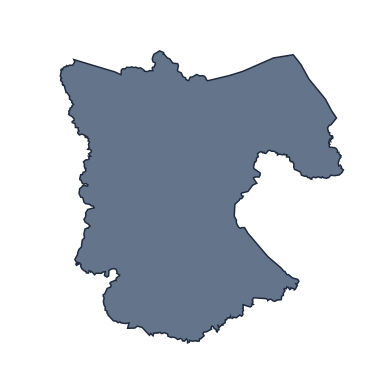 Prestea/huni Valley, Western, Ghana, rotated 278°
{"feature_id": "2480657B71205229821948", "entity_name": "Prestea/huni Valley", "entity_type": "district", "adm_level": 2, "iso_a3": "GHA", "parent_name": "Ghana", "parent_adm1": "Western", "projection": "mercator", "projection_center": [-2.017, 5.447], "detail": "fine", "context": "isolated", "style": "filled", "palette": "slate", "viewbox_px": 384, "rotation_deg": 278, "n_neighbors": 0, "source": "geoboundaries", "source_scale": "gbopen_adm2", "svg_char_len": 5879}
<svg xmlns="http://www.w3.org/2000/svg" viewBox="0 0 384 384"><g transform="rotate(278 192 192)"><path d="M302.9,105.0L298.3,105.4L300.2,98.8L306.7,56.5L304.8,57.8L301.6,56.6L300.9,55.9L300.5,53.0L299.3,51.6L299.8,50.3L298.1,49.4L298.1,48.3L297.1,47.2L295.8,47.0L295.6,46.0L294.9,46.6L294.5,45.1L292.9,45.8L288.4,45.4L286.6,47.1L285.8,46.3L284.1,46.4L282.8,48.3L280.7,48.6L280.5,49.5L279.7,49.3L279.4,50.8L273.0,53.4L273.0,54.5L269.9,57.3L267.1,57.7L265.2,60.5L263.9,60.4L262.3,62.5L260.5,61.1L259.2,61.2L258.0,59.6L256.4,59.7L254.9,58.7L253.1,59.3L251.7,59.0L249.6,63.3L248.2,64.9L246.7,65.5L245.1,63.5L244.1,63.7L243.5,66.5L240.7,67.5L240.0,68.0L240.2,68.6L239.7,68.1L239.7,70.4L237.3,70.8L236.8,71.5L235.5,70.6L234.2,70.8L232.8,72.7L234.0,74.6L233.6,76.6L233.0,78.1L232.2,78.4L232.5,79.0L231.3,78.9L231.9,80.7L230.9,80.7L230.5,82.2L228.1,82.0L228.0,82.8L227.1,83.5L224.8,82.8L221.9,83.9L219.7,82.7L219.6,83.4L220.5,84.1L219.0,86.6L217.6,86.6L215.3,84.3L213.3,86.6L213.0,84.4L210.5,85.7L209.4,84.3L209.1,82.5L206.9,80.3L204.1,81.8L202.7,81.6L200.4,82.8L200.5,83.5L199.8,83.2L198.7,83.9L196.7,82.9L196.4,81.5L194.0,81.0L193.7,79.4L189.9,79.0L188.5,79.3L188.3,80.4L185.3,82.2L184.8,83.9L185.6,85.8L184.5,88.0L183.3,87.7L183.3,83.3L182.7,82.5L181.8,82.3L179.6,80.3L174.7,80.4L171.3,82.6L171.6,83.7L170.5,85.0L166.8,86.5L165.6,88.4L165.6,92.1L164.3,94.3L164.3,96.2L162.7,97.3L160.2,91.2L156.6,89.6L152.7,90.2L149.8,88.8L147.2,90.5L145.6,94.1L143.9,95.8L142.3,94.1L141.6,94.1L141.6,93.0L140.5,91.2L135.2,90.8L131.7,91.9L129.1,90.0L122.0,90.1L119.5,88.1L115.9,87.2L114.8,87.5L108.8,85.4L106.3,87.4L106.1,89.6L104.5,87.0L103.3,87.8L105.3,90.5L105.0,92.1L103.0,92.1L101.0,93.3L99.1,95.9L98.4,98.1L97.1,98.7L97.3,100.8L99.8,101.1L99.4,102.5L98.7,102.8L99.2,103.3L98.5,104.7L96.5,107.1L98.2,108.3L98.9,113.8L100.2,114.5L101.0,117.2L97.1,116.9L95.9,119.5L97.2,121.1L102.8,120.7L104.6,123.2L105.3,125.7L104.8,127.7L102.1,129.0L100.9,128.8L99.8,132.0L99.3,131.9L96.1,128.9L93.7,129.1L93.9,128.3L91.1,123.7L89.9,123.5L88.2,125.0L86.7,124.7L84.7,121.4L78.8,119.7L78.0,118.4L76.6,118.5L75.1,119.7L71.2,119.5L67.9,120.6L65.8,122.2L63.0,122.3L62.1,124.5L60.4,124.6L59.6,125.8L58.6,125.8L53.5,132.1L53.5,135.0L52.3,137.0L53.4,138.8L52.5,139.9L52.5,144.6L53.6,147.8L48.1,147.2L49.3,154.3L51.2,156.1L51.5,157.2L50.9,161.5L44.2,169.8L46.1,170.9L44.2,173.4L47.1,173.8L47.3,176.4L47.9,177.5L47.6,178.1L48.6,179.7L47.5,181.5L48.9,184.3L48.0,187.7L45.9,188.2L45.0,191.7L45.6,192.7L45.5,195.4L43.9,198.5L45.4,201.1L44.8,202.6L43.2,203.3L43.3,205.3L45.7,206.8L44.6,208.1L42.0,208.6L42.9,210.2L44.7,210.4L44.3,212.9L45.3,216.9L44.9,217.7L45.3,219.8L47.7,220.1L47.8,221.1L51.4,224.0L53.0,222.7L54.8,223.1L55.7,226.1L59.0,230.5L59.6,229.7L62.0,230.4L61.4,232.0L59.7,233.1L59.5,234.7L57.1,235.8L56.9,236.5L58.7,236.7L59.4,237.9L63.3,236.5L62.1,238.1L64.8,240.1L64.3,240.4L64.6,241.1L65.0,240.6L67.2,243.0L69.9,242.7L70.3,244.1L72.3,244.6L72.3,246.5L74.2,247.3L72.9,247.5L72.5,249.9L73.8,250.1L73.6,253.4L76.8,256.4L75.9,258.5L77.6,259.5L80.4,258.7L81.6,259.5L83.3,259.0L83.7,258.2L84.9,258.8L87.5,258.1L86.3,265.7L87.1,266.7L88.6,267.0L89.2,268.4L90.2,267.0L91.2,267.6L92.7,267.4L93.3,266.6L95.9,268.0L96.7,280.4L95.9,281.9L95.0,282.1L96.6,283.9L96.7,285.3L95.5,287.3L95.3,289.3L96.8,291.3L97.8,295.4L101.2,295.3L102.5,296.9L104.3,296.5L107.2,297.8L108.6,296.6L109.3,297.0L109.3,299.0L111.2,299.0L111.0,300.6L109.0,302.3L109.7,303.3L110.9,303.1L110.2,306.6L109.3,306.9L110.1,307.8L113.9,309.3L115.6,307.7L115.6,309.0L118.5,310.3L120.2,308.9L120.9,303.5L123.6,299.0L123.3,297.5L126.2,295.1L126.3,294.0L129.3,290.6L138.4,276.3L158.9,253.1L164.1,249.0L163.6,246.1L162.8,245.1L163.6,243.0L167.5,240.3L170.5,239.8L173.8,237.2L185.8,236.2L190.4,239.9L191.9,240.3L192.3,241.9L193.4,242.9L195.0,243.4L195.2,241.7L197.1,240.9L197.9,241.4L200.3,247.3L207.4,251.3L209.7,255.0L213.7,251.3L214.8,251.0L215.9,253.4L216.1,256.4L218.3,257.1L220.4,256.8L223.8,250.1L225.3,249.5L230.5,249.9L230.5,250.6L232.0,251.4L234.4,251.1L236.1,252.8L239.0,251.5L241.0,253.6L241.6,255.1L240.6,256.5L241.4,257.6L240.4,258.3L240.5,259.8L243.6,261.8L244.2,263.3L243.4,265.1L243.8,267.3L242.9,269.7L242.2,269.9L242.5,271.1L240.5,271.5L241.6,272.8L241.4,276.8L242.5,277.9L241.7,278.7L242.1,280.8L239.9,280.7L240.1,283.6L236.5,284.6L236.5,285.4L235.6,285.9L236.0,287.1L235.5,287.9L233.5,289.1L230.8,289.3L228.6,290.4L227.3,295.6L225.9,297.3L224.0,297.9L223.2,301.7L223.7,303.0L222.3,304.9L222.6,306.4L221.4,307.5L221.3,308.8L222.5,308.7L223.8,310.4L223.3,312.7L224.8,315.0L224.0,316.9L224.5,317.8L224.1,318.3L225.2,319.1L224.5,320.1L224.3,323.4L225.4,325.4L227.9,327.1L228.0,330.8L229.4,335.5L232.0,337.7L235.0,338.9L236.4,336.4L237.4,336.7L239.3,335.2L238.3,333.8L241.2,332.7L245.9,333.7L247.4,334.7L248.1,333.9L248.8,334.4L250.3,332.1L251.7,331.9L251.5,330.4L253.3,330.3L254.8,329.1L255.8,327.0L255.5,322.0L257.6,321.3L258.3,321.9L259.3,320.8L259.9,321.2L260.1,320.6L261.5,320.6L262.4,320.9L261.7,322.1L263.6,321.4L263.6,322.6L265.3,322.8L264.7,323.8L265.8,323.9L267.2,323.1L266.9,321.6L267.5,320.7L268.6,320.0L269.8,320.2L270.3,318.8L274.4,317.3L276.8,318.5L278.0,320.3L285.4,324.8L292.0,318.8L302.5,311.2L320.1,292.1L333.5,282.0L342.0,273.1L336.1,254.0L318.5,225.5L312.5,212.7L304.3,191.9L305.2,190.7L307.6,189.3L308.5,187.7L308.7,185.7L308.0,183.7L309.0,180.2L305.8,176.1L305.6,174.3L301.8,173.2L302.5,170.2L304.1,169.8L305.0,166.9L308.5,164.7L309.5,161.2L311.0,160.6L315.0,161.0L317.1,159.9L316.9,155.1L320.7,151.4L321.3,149.0L324.2,145.6L324.5,144.3L325.6,144.8L326.2,144.2L327.3,140.3L322.9,135.0L319.8,134.3L317.9,134.2L315.5,135.3L314.7,137.7L313.5,137.9L310.2,136.9L310.2,135.8L309.5,135.3L306.7,136.3L306.3,133.1L305.1,131.3L305.0,128.0L306.0,127.6L307.8,123.8L307.1,121.2L307.8,119.1L307.1,116.9L307.6,115.0L306.6,113.0L306.5,110.1L304.7,108.8L304.4,106.1L302.9,105.0Z" fill="#64748b" stroke="#1e293b" stroke-width="1.5"/></g></svg>